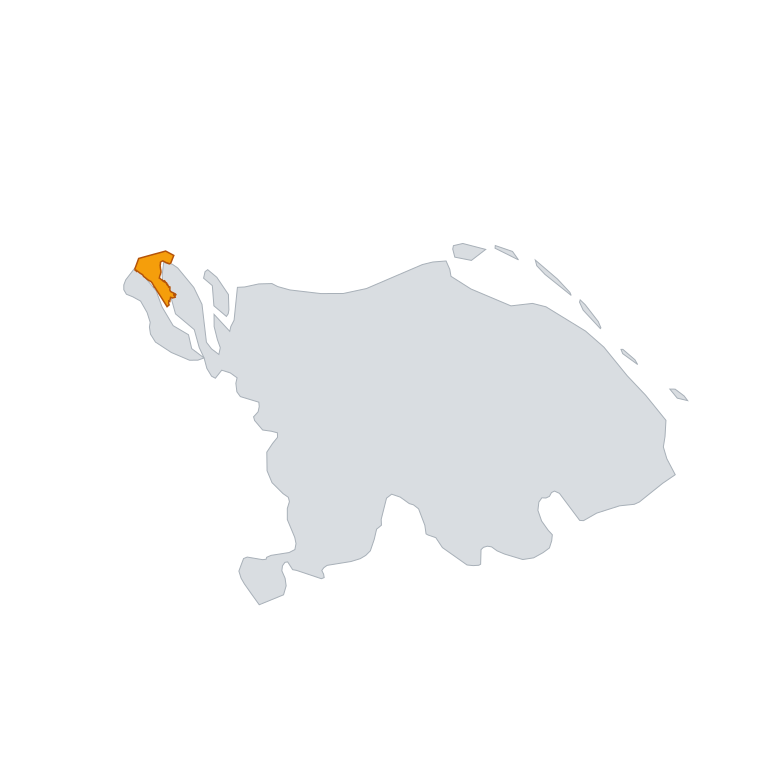 Vlissingen, Netherlands (highlighted), rotated 53°
{"feature_id": "6326949B17750517520147", "entity_name": "Vlissingen", "entity_type": "district", "adm_level": 2, "iso_a3": "NLD", "parent_name": "Netherlands", "parent_adm1": "", "projection": "equal_earth", "projection_center": [3.611, 51.495], "detail": "fine", "context": "in_parent", "style": "filled", "palette": "amber", "viewbox_px": 768, "rotation_deg": 53, "n_neighbors": 0, "source": "geoboundaries", "source_scale": "gbopen_adm2", "svg_char_len": 6828}
<svg xmlns="http://www.w3.org/2000/svg" viewBox="0 0 768 768"><g transform="rotate(53 384 384)"><path d="M485.2,616.5L472.0,616.2L459.6,615.8L453.1,615.0L446.1,612.5L442.8,607.4L438.9,601.2L439.9,597.4L451.3,586.6L453.0,583.6L451.8,582.0L452.9,577.3L461.5,561.2L462.6,554.8L458.5,550.3L452.8,547.6L434.1,542.8L425.2,536.1L421.0,530.3L416.9,528.6L410.8,530.6L395.4,532.8L382.9,529.6L367.9,518.6L364.4,508.7L362.5,501.1L358.8,498.5L353.9,502.4L347.7,508.6L335.3,509.3L331.7,507.9L331.1,504.5L330.4,501.2L326.9,497.2L323.2,494.9L307.6,506.3L301.7,506.2L294.3,501.9L290.6,497.6L282.6,500.1L275.3,505.3L277.9,515.2L274.0,517.0L265.0,516.1L254.9,512.0L243.6,509.6L226.4,502.8L202.5,508.3L185.9,501.7L172.2,501.0L163.6,495.7L154.3,486.8L160.9,481.0L167.2,478.9L192.4,477.8L210.8,481.4L243.8,500.7L252.2,500.6L261.0,498.1L256.5,492.9L248.2,490.3L235.9,485.1L226.1,477.8L249.1,475.5L245.9,471.7L242.8,465.3L218.6,442.9L222.7,436.8L228.7,423.8L236.3,413.1L242.3,410.2L252.2,402.6L273.6,380.2L287.2,362.1L297.2,340.6L311.7,281.5L316.0,271.5L323.1,260.4L332.1,262.5L338.3,265.7L360.4,257.4L398.0,235.6L409.0,216.9L419.8,208.2L463.0,191.2L486.9,186.2L523.9,184.8L550.6,181.8L582.7,180.7L595.1,191.2L602.4,198.8L613.9,203.1L631.7,206.0L631.0,221.2L631.9,251.1L630.7,256.5L623.1,269.1L615.1,291.9L613.2,306.9L610.7,309.8L576.9,309.7L572.1,312.3L571.5,315.6L573.3,319.5L572.5,323.3L569.9,326.4L571.5,331.4L577.5,337.1L588.3,340.6L599.8,340.9L605.7,340.3L610.1,344.4L614.5,350.6L614.4,358.5L612.9,369.1L607.7,378.8L592.3,390.1L585.3,394.1L578.8,396.1L575.7,399.1L574.3,402.9L574.7,406.2L586.1,415.3L585.8,417.4L582.7,422.1L578.5,426.6L549.8,435.8L537.9,435.1L531.1,439.7L529.0,440.6L521.4,436.4L504.5,431.5L498.2,433.2L494.7,435.8L484.1,439.1L476.6,444.2L476.7,450.7L490.4,467.7L495.2,471.0L495.5,477.3L502.2,485.3L509.0,495.3L509.9,501.7L509.2,508.1L505.9,517.2L494.6,538.6L494.5,542.7L495.5,545.9L499.6,546.7L502.6,548.3L501.8,551.2L480.1,566.1L477.3,568.7L468.1,568.0L466.8,570.5L468.1,574.5L471.7,578.0L479.6,579.9L486.3,583.6L491.9,591.1L485.2,616.5ZM254.9,512.0L253.0,518.2L248.0,525.0L230.8,534.9L213.0,541.3L203.7,540.5L197.4,537.1L194.0,533.6L184.4,530.2L171.3,528.5L163.1,532.2L157.3,535.7L152.2,535.1L148.3,532.2L145.4,527.6L141.5,513.5L151.3,510.9L172.5,509.9L188.9,514.9L210.5,517.3L227.0,510.5L240.0,516.3L254.9,512.0ZM218.9,454.4L231.5,463.3L234.2,466.2L235.2,469.2L219.2,472.8L202.1,461.9L190.9,464.4L186.6,459.3L186.6,456.0L198.2,453.3L218.9,454.4ZM337.9,239.8L325.3,251.1L317.6,247.9L315.3,245.3L319.2,236.5L337.7,221.8L337.9,239.8ZM393.3,189.5L381.5,190.8L376.1,188.6L404.6,182.3L422.7,180.4L425.9,181.2L393.3,189.5ZM469.9,177.9L444.9,180.5L436.3,178.6L434.9,176.7L441.7,175.6L463.1,175.3L469.7,177.0L469.9,177.9ZM365.8,201.9L342.4,213.6L340.4,211.8L355.5,201.6L365.8,201.9ZM571.8,158.3L560.1,158.8L563.3,154.6L574.2,151.5L580.0,151.5L571.8,158.3ZM521.1,169.7L503.4,175.1L499.0,173.9L500.1,172.4L515.7,169.0L521.1,169.7Z" fill="#d9dde1" stroke="#a8b0b8" stroke-width="1"/><path d="M187.3,496.4L187.2,496.4L186.9,496.4L186.7,496.4L186.6,496.5L186.3,496.5L186.2,496.6L185.7,496.8L185.2,497.1L184.9,497.3L184.7,497.3L184.5,497.5L184.4,497.5L184.2,497.5L183.9,497.7L183.7,497.8L183.4,498.0L183.2,498.1L182.7,498.3L182.5,498.5L182.0,498.6L181.8,498.7L181.7,498.7L181.4,498.7L181.2,498.7L180.9,498.7L180.6,498.6L180.4,498.5L180.2,498.5L180.1,498.4L179.8,498.3L179.3,497.9L179.1,497.7L178.9,497.5L178.8,497.4L178.6,497.3L178.5,497.2L178.4,497.1L177.9,496.8L177.8,496.7L177.6,496.6L177.4,496.8L177.2,497.0L176.9,497.3L176.7,497.4L176.7,497.5L176.2,497.2L175.5,497.3L175.0,497.5L174.8,497.3L174.7,497.3L174.5,497.0L174.1,496.9L173.8,497.5L173.7,497.5L173.6,497.4L173.4,497.3L173.5,497.2L173.0,497.2L172.9,497.2L172.7,497.0L172.6,496.9L172.4,496.8L171.8,497.0L171.7,497.1L171.6,497.4L170.7,497.7L170.6,497.4L170.5,497.2L170.3,497.3L170.2,497.3L170.0,497.2L169.9,497.2L169.7,497.1L169.4,497.2L169.4,497.4L169.5,497.4L169.5,497.5L169.5,497.9L169.5,498.0L169.4,498.0L169.3,498.3L168.9,498.2L168.7,498.2L168.5,498.5L168.3,498.7L168.1,498.7L167.9,498.6L167.7,498.2L167.7,498.3L167.4,498.4L167.2,498.5L167.0,498.8L166.9,498.8L166.7,499.0L166.3,499.1L166.1,499.1L165.8,499.2L165.7,499.2L165.5,499.3L164.8,499.4L164.6,499.4L164.2,499.7L163.6,499.0L163.3,498.7L163.1,498.4L162.8,498.1L162.6,497.8L162.3,497.4L162.1,497.0L162.0,496.7L161.8,496.5L161.6,496.2L161.4,496.0L161.3,495.8L161.2,495.7L160.9,495.5L160.8,495.2L160.6,495.0L160.4,494.7L160.1,494.6L159.6,494.2L159.4,494.1L159.1,493.9L158.9,493.8L158.7,493.7L158.3,493.6L158.1,493.4L157.9,493.4L157.7,493.2L157.2,493.0L157.0,492.9L156.8,492.8L156.6,492.6L156.4,492.5L156.1,492.4L156.0,492.2L155.6,492.0L155.4,491.9L155.2,491.8L155.0,491.7L154.8,491.6L154.7,491.5L154.5,491.4L154.4,491.2L154.2,491.1L154.1,490.9L153.9,490.6L153.7,490.5L153.6,490.3L153.4,490.2L153.2,490.0L152.8,489.8L152.6,489.6L152.4,489.4L152.2,489.2L152.2,488.8L152.2,488.5L152.5,486.6L153.6,486.0L153.8,486.0L154.0,485.9L154.3,485.7L154.5,485.6L154.9,485.4L155.1,485.4L155.3,485.3L155.5,485.2L155.8,485.1L156.0,484.9L156.3,484.8L156.5,484.5L156.9,484.4L157.1,484.1L157.4,484.1L157.5,484.0L157.7,483.9L157.7,483.7L158.1,483.6L158.3,483.4L158.7,483.3L158.9,483.0L159.1,481.5L154.8,474.5L146.4,478.4L144.2,484.0L141.5,490.7L137.7,500.3L136.1,504.4L138.2,507.6L141.8,513.2L141.8,513.3L143.2,514.3L144.0,514.0L144.4,513.9L144.4,513.6L144.8,513.7L144.7,513.4L145.1,513.5L145.1,513.3L145.3,513.3L145.4,513.1L145.6,513.0L146.0,512.9L146.3,512.8L146.6,512.7L146.9,512.6L147.3,512.5L147.7,512.4L148.2,512.3L148.6,512.1L149.1,512.0L149.5,511.8L149.8,511.7L150.1,511.5L150.5,511.4L150.9,511.2L151.1,511.2L151.3,511.2L151.6,511.1L151.8,511.1L152.2,511.0L152.5,511.0L153.2,511.3L153.7,511.1L154.2,511.1L154.7,510.9L155.1,510.7L155.6,510.6L155.8,510.5L156.0,510.5L156.4,510.5L156.8,510.3L157.2,510.3L157.6,510.1L158.0,510.1L158.4,509.9L158.7,509.9L158.9,509.8L159.4,509.6L159.8,509.4L160.1,509.3L160.4,509.2L160.7,509.1L160.8,509.0L161.0,508.9L161.3,508.7L161.6,508.5L161.8,508.6L162.0,508.5L162.4,508.4L162.9,508.4L163.3,508.3L163.7,508.4L164.1,508.4L164.4,508.5L164.7,508.5L165.1,508.5L165.5,508.6L165.9,508.6L166.3,508.6L166.8,508.8L167.5,508.9L167.8,509.1L168.3,509.4L168.3,509.7L168.6,508.8L174.5,509.3L182.3,509.9L191.7,510.7L191.5,508.0L191.4,508.0L191.2,508.0L190.8,507.8L190.5,507.7L190.4,507.6L190.2,507.5L190.0,507.4L189.9,507.4L189.6,507.1L189.2,506.8L189.1,506.7L188.8,506.3L188.7,506.2L188.3,506.1L188.2,506.0L188.1,505.9L188.6,505.6L188.8,505.5L188.9,505.4L189.1,505.3L188.0,504.3L187.1,503.1L186.3,502.3L187.2,501.6L187.3,501.6L188.1,501.1L188.1,500.9L188.2,500.4L188.4,500.1L188.7,499.6L188.8,498.8L189.0,498.5L188.3,498.2L188.2,498.2L186.6,498.4L186.4,498.4L186.2,498.2L186.9,497.8L187.5,497.3L187.6,497.2L187.5,496.6L187.4,496.6L187.3,496.4L187.3,496.4Z" fill="#f59e0b" stroke="#b45309" stroke-width="1.5"/></g></svg>